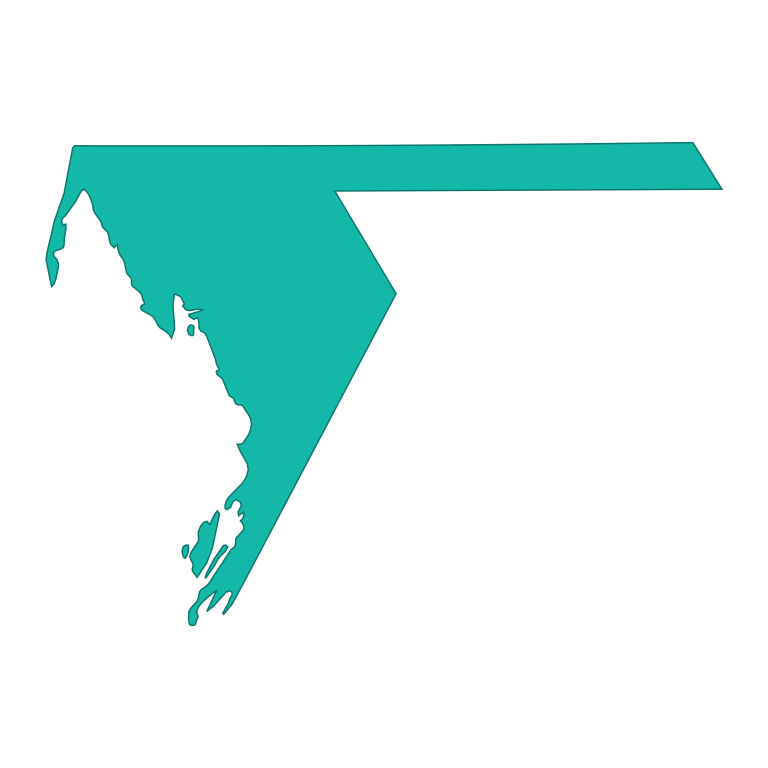 the border of Dakhlet Nouadhibou
{"feature_id": "MRT-2785", "entity_name": "Dakhlet Nouadhibou", "entity_type": "Region", "adm_level": 1, "iso_a3": "MRT", "parent_name": "Mauritania", "parent_adm1": "", "projection": "orthographic", "projection_center": [-16.46, 20.371], "detail": "fine", "context": "isolated", "style": "filled", "palette": "teal", "viewbox_px": 768, "rotation_deg": 0, "n_neighbors": 0, "source": "natural_earth", "source_scale": "10m", "svg_char_len": 3494}
<svg xmlns="http://www.w3.org/2000/svg" viewBox="0 0 768 768"><path d="M51.6,286.7L46.1,259.8L47.0,252.4L52.5,229.8L54.1,221.8L64.1,193.3L68.6,169.4L72.7,147.8L74.9,145.8L101.8,145.9L111.4,145.9L138.5,145.9L180.7,145.9L235.3,145.9L300.0,145.8L372.1,145.5L449.3,145.0L528.9,144.4L608.6,143.6L685.7,142.7L692.9,142.6L721.9,189.2L334.8,191.0L396.1,293.7L245.3,579.7L232.3,603.8L223.7,614.3L222.8,613.1L228.4,603.4L229.7,598.6L231.8,595.3L232.3,593.6L231.6,591.9L230.0,591.0L228.4,590.8L227.7,591.8L226.5,591.7L213.5,606.1L206.8,611.5L216.4,591.0L213.1,592.8L203.6,600.8L200.2,604.6L198.6,606.9L197.2,609.7L196.7,612.7L197.9,615.5L198.0,617.1L196.0,621.8L195.4,624.2L194.8,624.9L193.4,625.3L191.8,625.4L190.6,625.1L189.5,624.4L189.3,623.9L189.4,623.2L189.0,621.7L188.6,619.7L188.7,613.6L189.0,611.5L191.2,607.6L197.3,601.1L198.6,596.8L199.5,591.7L201.8,589.1L204.9,587.2L208.4,584.2L230.8,550.0L232.2,548.7L233.7,547.6L235.0,546.3L235.6,543.9L235.8,539.0L236.6,537.1L238.0,536.4L238.5,535.4L242.6,530.9L243.7,529.4L243.8,526.7L243.2,524.5L242.0,522.6L240.4,520.9L242.2,519.2L243.4,517.2L243.9,514.9L243.7,512.4L240.0,514.5L238.7,515.8L238.1,511.8L241.4,505.7L240.3,502.2L236.0,499.5L233.0,501.6L231.3,505.3L230.7,507.3L226.9,509.6L225.2,508.5L225.0,505.5L225.9,502.2L227.2,499.4L228.6,497.3L242.4,483.2L246.3,477.1L248.3,469.7L247.2,463.5L240.1,451.0L237.2,444.2L239.0,444.3L240.7,444.2L242.2,443.6L243.6,442.3L248.8,434.2L250.7,429.3L251.5,424.4L250.9,419.8L249.4,416.1L242.6,405.7L241.2,405.0L237.9,404.8L235.7,403.7L234.6,401.4L233.9,399.0L232.9,398.0L229.2,395.6L222.6,379.2L220.5,377.0L218.4,375.5L216.9,374.0L216.2,371.5L216.9,370.7L218.2,370.2L219.2,369.5L218.7,368.1L218.0,367.1L216.5,364.0L215.5,359.3L206.7,336.1L204.4,332.7L201.0,331.3L199.1,328.2L198.8,322.0L197.8,317.5L193.8,319.4L189.0,316.2L189.0,314.3L199.5,311.3L202.6,309.8L197.8,309.2L189.6,310.6L185.8,309.8L182.6,305.8L184.4,304.1L181.0,297.1L179.5,296.0L174.5,293.9L172.9,304.8L174.7,328.9L171.5,338.3L169.1,334.4L166.1,331.7L160.2,327.9L158.3,325.8L155.3,319.9L153.1,316.9L150.2,314.8L142.9,310.9L141.1,309.2L140.9,306.3L142.0,305.2L143.5,304.7L144.3,304.1L144.2,302.0L142.9,299.9L142.6,298.1L141.5,294.3L138.8,291.3L132.4,286.1L131.5,284.2L131.6,279.6L130.7,277.6L126.8,273.3L124.2,261.6L122.8,258.7L120.4,255.7L118.8,252.0L117.8,248.1L117.4,244.3L116.4,245.5L114.9,246.8L114.2,247.7L110.8,244.4L109.5,240.6L108.9,236.5L107.7,232.3L106.2,230.5L104.1,228.7L102.2,226.4L101.4,222.8L100.1,220.4L94.6,212.7L93.3,209.2L92.9,205.7L91.7,201.7L88.8,194.6L84.4,189.1L81.2,191.0L75.1,202.3L65.1,216.0L62.8,218.0L61.4,220.9L63.1,225.3L65.8,224.1L66.0,228.3L64.5,237.4L64.0,245.5L63.1,247.6L60.8,249.1L55.4,250.7L53.5,252.7L53.3,254.9L54.4,256.7L56.7,259.3L58.3,263.3L58.5,265.0L58.2,268.0L56.0,278.5L54.0,284.0L51.6,286.7ZM209.9,524.5L214.5,514.6L217.4,510.8L219.5,514.0L212.5,547.5L206.6,563.1L197.1,577.4L193.1,572.0L192.3,570.4L192.4,568.4L193.0,566.1L193.0,563.6L191.5,561.0L189.7,556.6L191.3,551.9L198.1,541.6L198.6,540.6L198.3,533.3L198.6,531.1L200.5,526.4L203.5,522.6L206.9,521.3L209.9,524.5ZM223.3,545.6L226.0,545.1L227.8,547.1L225.1,551.6L221.2,555.3L218.3,558.6L214.4,565.7L206.0,577.7L205.3,577.7L206.5,573.4L214.5,558.4L223.3,545.6ZM186.7,544.9L188.4,545.3L188.6,547.8L188.0,552.8L186.5,556.4L185.0,558.3L183.2,556.7L182.0,551.4L183.4,546.5L186.7,544.9ZM190.8,324.9L192.9,325.4L193.9,326.7L193.5,334.9L192.0,335.7L189.0,334.5L187.4,330.0L188.6,326.3L190.8,324.9Z" fill="#14b8a6" stroke="#0f766e" stroke-width="1.5"/></svg>